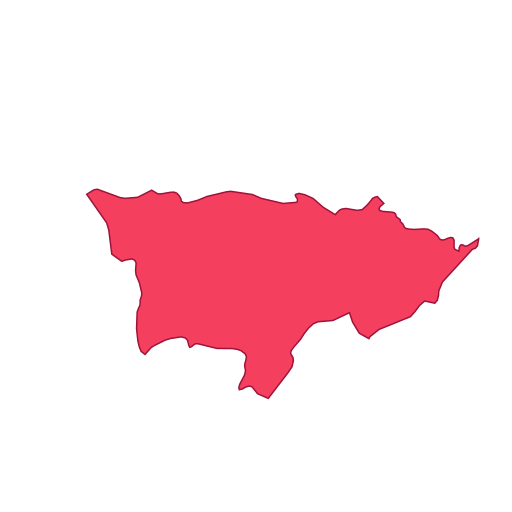 Tiranë, Albers equal-area conic projection, rotated 216°
{"feature_id": "ALB-1529", "entity_name": "Tiranë", "entity_type": "County", "adm_level": 1, "iso_a3": "ALB", "parent_name": "Albania", "parent_adm1": "", "projection": "albers", "projection_center": [19.744, 41.26], "detail": "fine", "context": "isolated", "style": "filled", "palette": "rose", "viewbox_px": 512, "rotation_deg": 216, "n_neighbors": 0, "source": "natural_earth", "source_scale": "10m", "svg_char_len": 2399}
<svg xmlns="http://www.w3.org/2000/svg" viewBox="0 0 512 512"><g transform="rotate(216 256 256)"><path d="M86.0,400.9L85.9,400.8L82.8,394.3L83.1,391.2L84.9,388.5L89.9,344.5L87.6,335.2L85.1,331.3L83.3,326.7L83.6,322.9L93.1,318.7L94.6,312.1L94.7,304.3L95.4,297.7L113.3,268.9L116.4,257.8L116.1,255.5L127.0,254.2L139.0,259.3L147.1,265.1L155.8,249.1L167.2,239.2L169.8,234.9L171.1,228.6L171.4,221.8L171.0,214.6L171.9,204.7L171.9,200.3L170.9,197.6L166.7,195.8L164.3,193.4L161.8,187.7L161.5,180.8L162.4,148.0L173.8,145.5L182.6,147.9L185.3,146.5L187.4,143.8L188.6,140.8L190.9,138.0L192.5,139.4L193.8,142.7L195.2,152.3L196.1,155.1L197.6,157.7L199.6,159.4L200.8,160.7L201.8,162.5L202.8,165.4L204.6,169.0L207.3,170.5L212.5,170.6L216.2,169.5L220.7,167.2L233.4,158.2L251.3,150.9L253.4,149.4L254.3,147.2L254.8,144.9L255.8,143.2L257.7,144.1L261.9,147.6L265.2,148.1L269.1,146.5L276.5,139.2L280.0,134.6L285.7,123.6L286.9,120.6L287.3,117.3L287.9,111.1L292.8,111.3L296.5,113.5L301.6,117.8L310.0,127.1L319.2,140.8L320.3,144.6L320.8,147.1L321.4,148.8L323.9,152.3L324.4,154.3L325.2,156.5L326.6,158.9L334.5,165.7L341.9,170.2L345.0,173.6L348.8,179.8L351.5,181.3L354.5,180.8L359.1,176.2L361.5,172.8L373.7,172.7L390.3,190.4L396.2,195.0L429.2,206.4L426.6,213.0L425.5,214.9L423.5,216.8L400.2,223.4L395.8,225.7L386.2,234.0L379.1,247.9L371.9,248.6L369.1,250.7L362.2,257.7L359.8,259.5L357.0,260.3L353.3,259.5L350.5,258.2L348.5,256.4L345.8,256.6L342.3,259.0L336.0,266.7L330.6,275.4L317.5,290.7L314.4,293.5L295.1,303.6L285.7,305.7L265.0,314.4L254.5,323.5L254.9,324.9L256.1,326.6L258.7,327.4L260.1,328.4L259.9,329.6L257.9,332.0L252.4,334.3L243.7,336.1L230.3,334.9L216.3,336.0L215.4,342.2L214.0,344.6L211.2,347.3L201.0,352.4L197.4,355.9L196.1,361.9L195.7,366.3L195.5,371.4L194.1,373.9L192.7,375.4L183.5,373.7L184.5,369.5L184.6,368.3L184.4,366.9L183.7,366.1L182.9,365.7L181.8,365.8L179.5,366.7L171.9,371.3L169.6,372.3L167.3,371.8L166.5,370.8L165.2,370.2L160.9,370.2L160.2,369.6L159.8,369.0L159.3,368.7L156.0,368.2L152.8,366.5L151.2,366.3L147.9,367.8L143.6,370.5L136.1,376.6L132.5,378.8L128.2,379.4L121.4,379.1L119.6,378.6L117.7,377.7L115.5,378.0L113.4,379.5L111.0,383.4L109.4,385.4L107.5,386.4L105.0,385.2L101.4,380.1L99.8,378.6L98.4,378.4L96.1,378.9L95.1,379.0L94.7,379.2L96.5,382.2L96.9,384.0L96.7,385.7L94.4,386.8L93.1,386.6L91.7,387.7L90.8,388.7L86.0,400.8L86.0,400.9Z" fill="#f43f5e" stroke="#9f1239" stroke-width="1.5"/></g></svg>